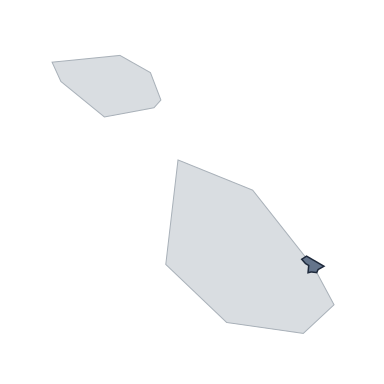 Malta, with Kalkara highlighted, rotated 7°
{"feature_id": "MLT-5950", "entity_name": "Kalkara", "entity_type": "state/province", "adm_level": 1, "iso_a3": "MLT", "parent_name": "Malta", "parent_adm1": "", "projection": "orthographic", "projection_center": [14.531, 35.89], "detail": "fine", "context": "in_parent", "style": "filled", "palette": "slate", "viewbox_px": 384, "rotation_deg": 7, "n_neighbors": 0, "source": "natural_earth", "source_scale": "10m", "svg_char_len": 537}
<svg xmlns="http://www.w3.org/2000/svg" viewBox="0 0 384 384"><g transform="rotate(7 192 192)"><path d="M346.7,286.6L319.7,318.8L242.3,317.3L174.8,267.1L174.2,161.9L252.0,182.8L323.2,253.3L346.7,286.6ZM144.0,113.0L95.9,128.2L48.4,98.3L37.3,80.2L103.8,65.2L136.2,78.6L149.9,104.5L144.0,113.0Z" fill="#d9dde1" stroke="#a8b0b8" stroke-width="1"/><path d="M313.5,241.7L332.0,249.6L326.6,253.6L325.6,256.8L320.1,256.8L317.0,258.0L316.8,250.7L313.4,249.2L309.1,245.4L313.5,241.7Z" fill="#64748b" stroke="#1e293b" stroke-width="1.5"/></g></svg>